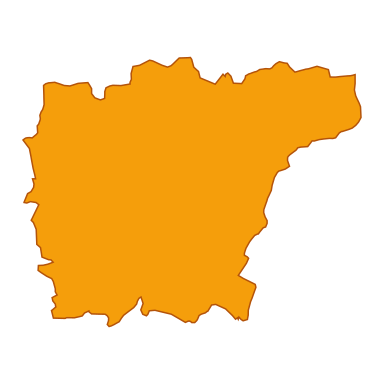 Dyarb Nigm, Ash Sharqiyah, Egypt (orthographic projection)
{"feature_id": "37247803B60189516177334", "entity_name": "Dyarb Nigm", "entity_type": "district", "adm_level": 2, "iso_a3": "EGY", "parent_name": "Egypt", "parent_adm1": "Ash Sharqiyah", "projection": "orthographic", "projection_center": [31.456, 30.753], "detail": "fine", "context": "isolated", "style": "filled", "palette": "amber", "viewbox_px": 384, "rotation_deg": 0, "n_neighbors": 0, "source": "geoboundaries", "source_scale": "gbopen_adm2", "svg_char_len": 4221}
<svg xmlns="http://www.w3.org/2000/svg" viewBox="0 0 384 384"><path d="M355.1,78.6L355.1,74.6L352.7,75.3L350.2,75.8L347.8,75.9L339.6,76.6L338.9,76.7L337.3,76.9L335.2,77.1L334.7,77.1L333.9,77.1L330.2,77.0L328.4,69.6L317.0,66.3L308.5,68.8L305.6,69.2L304.3,69.6L300.4,70.6L296.6,71.7L294.9,72.1L293.1,70.4L290.1,67.5L289.5,66.9L287.2,63.3L284.7,63.0L283.7,62.8L279.4,61.7L277.1,63.0L275.8,63.8L273.6,65.8L272.4,67.3L271.9,67.9L269.7,68.9L267.9,68.8L266.4,68.7L265.3,68.7L262.8,69.1L259.7,69.5L257.4,71.0L256.6,71.4L256.1,71.6L254.7,71.9L251.6,73.0L251.0,73.3L248.7,74.0L247.4,74.8L245.6,75.8L245.4,77.0L244.9,78.9L242.8,82.0L241.7,83.6L233.4,83.2L230.9,76.2L228.4,73.6L227.8,73.0L225.7,74.3L225.2,76.5L224.2,75.5L223.0,74.2L215.2,84.2L200.1,77.9L198.5,71.5L197.5,70.6L196.9,70.1L193.8,67.2L191.7,59.4L190.4,57.5L188.3,57.7L183.0,57.9L179.2,58.0L176.9,60.2L173.1,63.9L171.1,65.7L170.4,66.0L167.5,67.1L161.9,65.2L152.9,61.0L151.4,60.6L149.6,60.2L139.6,65.3L136.4,65.9L133.0,66.5L131.1,73.6L131.4,79.3L130.1,82.2L130.0,83.0L130.1,84.0L120.9,85.6L118.5,85.5L112.9,85.3L109.8,86.0L109.2,86.3L106.0,87.8L104.8,91.6L104.8,94.0L104.7,96.0L104.6,98.4L103.6,98.8L100.4,99.9L97.9,99.0L95.3,98.0L94.8,97.8L91.6,93.6L91.6,90.9L91.6,88.7L89.9,85.7L87.9,82.6L80.0,83.2L78.0,83.4L69.9,86.0L69.0,85.9L65.4,85.6L64.2,85.5L60.5,84.2L57.8,83.3L56.7,83.0L54.8,82.3L51.7,82.6L48.3,82.9L47.3,83.3L45.8,83.7L43.6,85.4L43.6,86.6L43.8,92.3L43.9,95.4L43.9,96.8L44.0,101.2L44.1,104.4L44.0,105.0L43.3,107.5L42.7,109.4L42.0,110.6L41.4,111.5L41.1,112.0L39.9,115.2L39.9,115.7L40.3,118.3L40.3,118.9L40.1,120.1L39.4,122.0L38.8,123.9L38.3,124.6L37.2,125.9L37.3,127.1L37.5,130.3L37.7,132.8L36.3,134.5L34.8,135.7L32.2,137.9L29.6,137.6L27.7,137.7L25.9,138.0L24.8,138.6L23.0,140.0L29.4,148.5L29.5,149.0L31.0,156.7L31.5,159.6L33.1,168.2L34.8,175.0L35.6,178.8L33.6,178.8L32.5,178.8L34.0,184.0L33.6,187.4L33.3,187.9L31.8,190.4L31.1,191.6L27.6,193.6L24.0,202.4L24.0,202.5L26.8,203.0L30.4,201.6L36.0,202.5L38.8,204.7L38.5,205.3L31.6,219.6L31.2,220.2L31.2,220.3L33.4,222.5L36.2,229.3L36.8,244.4L40.5,247.6L41.3,252.6L42.0,257.1L48.6,259.7L51.0,259.9L53.1,262.2L51.9,262.7L48.4,264.0L47.8,264.2L43.0,265.3L42.1,265.3L38.4,265.5L38.1,270.4L41.0,272.5L46.7,276.2L51.7,278.6L53.3,281.5L55.3,288.8L55.3,291.8L57.1,295.0L52.1,297.6L52.8,300.9L55.3,304.1L55.7,306.9L55.8,307.0L52.3,310.0L51.5,310.5L53.2,317.3L53.4,318.1L65.1,318.4L66.6,317.7L69.4,317.7L74.4,317.8L80.1,316.5L82.3,315.9L84.5,313.0L87.7,311.5L88.8,311.0L88.8,311.7L91.6,313.9L98.7,314.1L105.1,314.2L107.2,315.7L108.6,317.9L108.5,320.8L107.3,324.5L109.1,326.5L111.3,325.9L114.2,324.5L116.1,323.4L119.2,321.7L121.4,318.2L123.6,315.3L127.2,312.5L133.7,307.6L136.6,304.1L137.4,301.2L138.9,298.4L139.9,297.7L141.0,297.0L142.2,300.7L143.1,303.5L142.1,306.3L140.8,309.9L142.8,314.3L146.4,315.8L147.8,314.4L149.3,310.8L152.4,310.5L155.0,310.3L171.3,314.2L179.1,318.7L185.4,322.4L188.3,321.1L189.7,321.1L191.1,321.9L191.8,322.6L194.7,322.6L195.3,322.0L196.8,320.5L197.6,319.1L199.1,315.5L200.6,314.6L201.2,314.2L205.5,312.8L207.0,311.4L207.7,311.4L211.6,305.0L215.7,304.4L225.6,308.9L232.5,315.6L235.5,319.2L237.5,317.8L238.2,319.3L238.9,317.1L241.0,319.4L243.1,320.8L247.4,319.5L247.5,318.8L248.2,315.2L248.3,310.2L250.6,301.6L252.1,298.0L253.6,293.7L255.9,287.3L255.4,285.1L255.2,284.4L253.1,283.3L243.2,278.4L238.3,275.4L246.4,263.3L248.6,258.3L247.2,256.8L244.4,255.3L244.4,253.2L245.1,250.9L246.0,248.2L249.6,241.8L251.8,238.9L254.7,235.4L257.6,234.0L258.3,234.0L259.8,231.9L262.7,228.4L263.4,227.7L265.6,227.0L267.1,223.4L267.1,221.6L267.1,220.6L265.1,216.9L263.7,212.6L263.8,209.7L266.0,203.3L266.8,201.1L267.6,198.2L269.0,195.4L271.3,190.4L272.1,185.4L274.4,177.5L275.7,175.3L277.3,172.5L278.8,171.1L280.9,170.5L285.2,169.1L287.4,167.7L289.5,166.3L287.5,160.5L287.6,157.6L288.1,156.5L289.8,154.8L292.6,152.7L296.3,149.9L297.7,147.8L300.6,147.1L307.7,146.6L308.8,145.2L312.1,140.9L314.2,141.0L319.2,139.6L323.5,139.0L329.2,138.4L330.2,138.4L332.8,138.5L335.6,137.8L339.3,132.9L341.5,131.5L342.2,131.5L348.6,129.5L352.2,128.1L355.8,125.3L358.1,122.6L358.7,121.8L361.0,117.5L360.5,106.7L359.1,103.1L357.0,98.7L355.7,95.8L354.4,90.0L355.1,83.5L355.1,78.6Z" fill="#f59e0b" stroke="#b45309" stroke-width="1.5"/></svg>